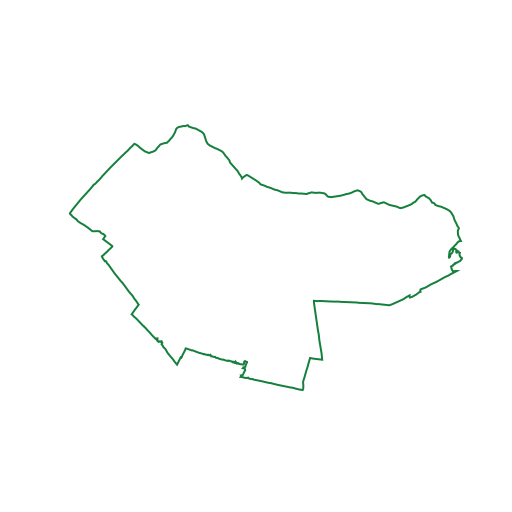 outline of Bogda, Timis, Romania, rotated 208°
{"feature_id": "2599482B35137521275654", "entity_name": "Bogda", "entity_type": "district", "adm_level": 2, "iso_a3": "ROU", "parent_name": "Romania", "parent_adm1": "Timis", "projection": "mercator", "projection_center": [21.542, 45.957], "detail": "fine", "context": "isolated", "style": "outline", "palette": "green", "viewbox_px": 512, "rotation_deg": 208, "n_neighbors": 0, "source": "geoboundaries", "source_scale": "gbopen_adm2", "svg_char_len": 6020}
<svg xmlns="http://www.w3.org/2000/svg" viewBox="0 0 512 512"><g transform="rotate(208 256 256)"><path d="M377.7,339.5L379.5,337.5L381.8,336.2L383.2,334.8L384.6,333.8L385.7,332.2L386.1,330.6L385.6,327.5L385.6,323.2L385.9,321.2L386.7,318.2L386.8,316.9L387.5,315.5L387.7,314.3L390.2,312.3L392.6,309.8L392.9,309.3L393.3,307.2L393.9,305.2L394.3,302.3L394.8,301.3L395.9,299.8L398.1,297.6L398.7,296.7L403.3,296.2L408.1,296.9L412.3,297.9L414.6,298.1L416.1,297.9L417.0,294.5L417.8,292.5L418.8,288.5L419.9,285.7L420.5,283.6L421.3,281.4L426.1,265.7L429.3,254.0L429.4,253.1L430.5,248.6L431.0,247.6L431.7,244.6L432.9,242.3L433.0,241.1L434.0,236.5L437.3,223.6L439.6,212.0L440.4,206.4L439.3,205.5L438.6,205.6L436.5,204.7L432.4,204.0L431.9,204.2L430.5,203.4L429.5,203.1L426.4,202.7L423.0,202.7L417.7,202.1L412.4,201.1L411.5,201.3L407.2,203.8L405.9,204.1L405.6,204.4L403.1,203.4L401.0,203.8L398.9,203.1L398.4,202.9L398.9,199.1L387.9,197.4L387.3,196.9L388.4,193.3L388.9,192.3L389.6,189.5L390.1,188.6L390.1,188.0L390.8,186.6L391.0,185.4L392.0,183.4L391.6,183.0L390.0,181.9L386.9,180.4L386.4,180.9L385.4,180.7L384.1,179.6L382.1,179.0L373.0,174.4L363.7,170.4L361.2,169.6L351.5,164.9L346.1,162.8L343.1,161.0L341.7,160.5L336.7,157.9L337.7,151.7L338.4,146.1L337.4,146.0L335.8,145.3L332.2,144.5L322.9,141.4L321.7,141.3L321.3,140.9L319.7,140.6L316.4,139.3L314.2,138.7L310.8,137.3L305.5,135.6L305.3,135.7L305.2,136.2L304.8,136.3L304.8,136.8L304.3,137.0L304.1,136.4L304.3,136.1L303.6,135.8L303.2,135.3L303.4,134.9L302.4,134.5L301.5,134.5L301.2,135.3L299.9,135.5L300.1,135.7L300.0,135.9L299.8,136.2L299.4,136.4L298.9,136.1L299.0,135.6L298.9,135.4L297.9,135.2L298.0,133.8L295.8,132.8L295.5,132.3L292.3,131.3L288.5,128.9L283.5,126.8L281.7,126.2L277.9,124.3L274.7,123.0L274.9,131.2L274.1,131.2L274.1,131.4L274.4,134.7L274.4,139.7L274.7,141.4L273.3,141.8L268.3,142.5L267.9,142.9L261.3,143.7L258.3,144.4L256.2,144.7L256.2,144.9L255.8,145.2L254.7,145.2L252.3,145.8L252.0,146.0L252.0,146.3L251.4,146.5L250.7,146.3L250.2,146.6L249.8,147.3L248.4,146.4L248.0,146.8L247.5,146.7L245.1,147.4L244.8,147.7L244.2,147.4L243.2,147.4L242.1,148.0L240.4,147.9L236.7,148.8L236.2,149.2L233.7,149.5L232.4,149.9L232.0,150.2L231.3,150.2L231.1,150.8L229.2,151.2L227.4,151.6L227.2,151.5L227.3,151.3L226.6,151.2L226.1,151.5L226.3,151.8L225.7,151.9L225.8,151.7L225.1,151.7L224.8,151.5L224.1,151.8L224.5,152.2L224.3,152.2L224.4,153.1L223.4,152.6L223.2,152.2L222.6,151.9L222.2,152.2L222.2,152.6L221.8,153.0L221.3,153.0L220.9,152.6L220.6,152.6L220.2,153.0L219.2,153.0L217.5,153.8L216.4,154.0L216.1,154.5L216.2,155.7L216.8,157.2L216.5,157.9L216.3,158.1L215.2,158.0L214.2,158.2L214.0,157.8L214.0,156.1L213.8,155.5L213.9,154.6L213.4,153.3L213.7,152.7L214.9,151.8L214.9,151.6L214.7,151.2L214.8,150.8L214.0,151.1L212.7,151.0L211.9,150.1L211.9,149.1L212.0,148.0L211.8,144.7L212.0,144.4L213.1,143.6L212.5,143.3L212.6,142.8L212.2,142.6L212.8,142.3L212.8,142.0L211.6,142.6L211.2,142.5L210.6,142.8L207.9,143.4L206.6,144.2L205.9,144.9L205.2,144.5L202.7,145.0L201.8,145.3L201.2,145.8L199.9,145.8L192.3,148.1L185.7,149.8L182.5,151.0L182.3,150.9L176.4,152.4L163.8,156.1L162.4,156.7L156.0,158.2L151.9,159.5L151.9,160.6L152.3,161.6L153.3,163.7L155.1,166.5L155.6,168.0L156.3,171.9L157.7,178.3L157.8,178.6L158.1,180.8L160.4,191.3L157.2,192.3L148.9,195.5L152.4,200.8L160.7,211.6L163.5,215.8L166.3,219.3L182.5,241.4L183.8,243.6L180.6,245.0L177.7,246.7L169.3,250.6L163.8,253.3L162.6,254.1L159.2,255.5L144.9,262.4L144.0,262.6L131.8,268.4L126.8,270.2L124.9,271.2L115.1,275.1L112.9,277.6L105.7,286.9L103.6,290.8L101.9,293.3L101.3,292.1L100.6,291.6L99.2,292.9L96.3,297.4L94.7,300.9L93.9,301.6L94.8,302.7L95.0,303.8L91.3,308.0L88.2,313.1L84.7,317.6L79.6,325.6L77.5,328.4L76.8,329.1L75.9,330.9L71.6,337.1L72.5,336.7L73.9,335.6L74.0,334.8L74.5,334.5L74.9,335.1L75.8,335.3L76.9,336.3L77.6,336.7L78.1,337.6L78.9,338.3L77.7,339.8L77.6,340.2L77.8,340.9L77.1,341.6L77.1,342.4L76.7,342.6L76.9,342.9L76.8,343.4L76.6,343.5L76.4,343.3L76.2,343.3L75.7,344.5L75.1,344.8L74.3,346.3L73.4,347.4L73.2,348.7L72.9,349.4L73.0,350.4L73.3,350.9L73.8,351.1L74.4,350.8L74.8,350.9L76.9,352.5L77.0,352.8L77.1,353.4L77.5,354.5L78.4,354.3L79.0,354.6L79.3,355.1L80.2,355.0L80.6,354.5L80.5,353.9L80.2,353.3L80.5,353.1L81.3,353.7L81.3,353.9L81.1,354.0L81.1,354.5L81.3,354.8L81.4,355.2L81.9,355.2L83.1,355.8L84.5,355.4L84.8,353.9L84.3,352.2L84.3,351.1L84.6,349.9L85.1,349.1L84.9,348.2L84.4,346.9L84.4,345.8L84.7,345.2L85.1,345.4L87.0,350.2L87.2,351.3L87.0,352.8L86.6,354.7L86.0,356.0L85.3,358.9L84.9,359.9L84.2,363.4L83.7,364.2L82.1,365.4L84.2,366.9L84.9,367.6L86.0,368.2L87.7,369.7L89.5,372.8L89.8,374.2L89.7,375.3L90.2,376.0L92.5,377.2L94.4,378.8L97.5,380.9L100.5,383.9L102.7,385.1L103.5,385.8L106.1,386.7L109.0,386.9L111.2,386.8L115.8,386.4L118.3,385.7L121.4,385.3L122.0,385.4L122.6,385.9L123.6,386.3L125.6,385.8L127.9,387.3L130.4,388.2L134.1,388.3L135.0,388.6L135.8,389.0L137.6,387.6L138.9,385.9L139.5,384.1L140.4,381.1L140.4,380.3L141.1,378.2L141.9,377.3L143.0,374.9L144.1,373.3L148.5,368.2L149.9,366.8L150.9,366.1L152.1,365.8L154.9,365.7L162.3,363.7L168.0,363.5L169.2,362.9L169.4,362.4L170.9,361.1L171.9,359.9L172.9,359.4L178.5,359.0L181.2,358.3L185.3,358.1L191.1,360.6L193.2,361.9L194.4,362.0L197.2,361.7L199.8,359.0L201.2,356.9L203.5,354.5L205.9,352.6L206.7,351.6L209.7,348.9L217.2,343.3L220.1,342.2L221.6,342.5L223.2,343.2L225.0,343.4L229.4,341.9L233.0,339.7L236.9,338.2L238.5,336.5L239.4,335.9L239.9,334.9L240.4,334.5L245.7,332.3L247.1,331.4L250.3,330.3L252.5,329.1L255.5,328.0L259.8,325.6L262.7,324.6L268.0,324.1L270.9,323.3L275.1,323.0L278.3,322.3L282.2,322.0L285.4,321.4L286.2,321.6L287.6,322.2L291.2,322.7L301.3,323.4L302.3,323.1L302.6,322.7L304.4,319.3L304.7,317.8L305.7,318.8L308.6,320.4L309.5,320.7L311.9,322.3L322.5,326.2L323.2,326.6L324.1,327.7L324.8,328.1L327.8,329.4L329.9,330.1L333.0,331.7L334.7,332.3L337.3,332.4L341.1,332.3L342.7,332.0L348.6,331.9L351.0,332.3L351.9,332.7L353.7,333.9L359.3,339.3L362.1,340.1L369.2,340.2L371.3,339.5L375.9,338.8L377.7,339.5Z" fill="none" stroke="#15803d" stroke-width="2"/></g></svg>